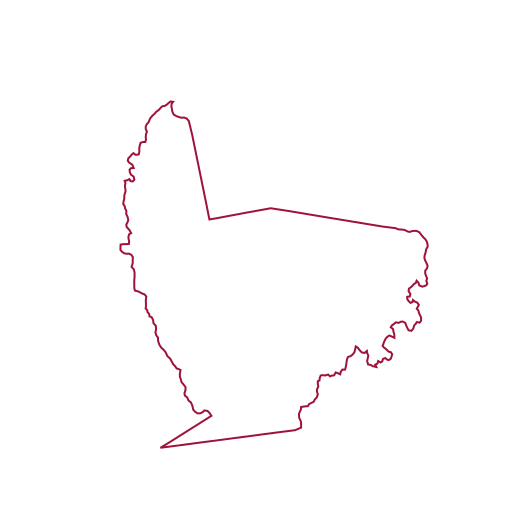 outline of Aracatu, Bahia, Brazil, rotated 337°
{"feature_id": "56859067B11961587384233", "entity_name": "Aracatu", "entity_type": "district", "adm_level": 2, "iso_a3": "BRA", "parent_name": "Brazil", "parent_adm1": "Bahia", "projection": "equal_earth", "projection_center": [-41.359, -14.328], "detail": "fine", "context": "isolated", "style": "outline", "palette": "rose", "viewbox_px": 512, "rotation_deg": 337, "n_neighbors": 0, "source": "geoboundaries", "source_scale": "gbopen_adm2", "svg_char_len": 4289}
<svg xmlns="http://www.w3.org/2000/svg" viewBox="0 0 512 512"><g transform="rotate(337 256 256)"><path d="M239.9,81.7L237.8,80.4L235.9,80.8L233.4,81.7L230.9,82.2L228.0,81.6L226.1,82.4L223.2,83.7L220.5,84.3L218.1,85.5L215.6,86.3L213.8,87.2L212.2,88.1L210.6,89.7L209.2,91.0L206.8,92.1L205.1,93.7L204.1,96.1L204.2,99.0L202.4,100.8L201.1,103.1L200.2,105.9L198.6,107.8L196.4,106.9L194.0,106.7L192.2,108.8L190.5,111.5L189.5,114.2L187.7,116.7L184.8,115.9L183.3,113.4L181.0,114.2L178.9,115.3L176.6,116.2L175.2,118.3L175.8,120.6L177.8,123.5L177.8,127.2L175.2,126.3L173.3,127.2L172.5,129.9L172.8,132.5L174.4,135.1L173.9,138.2L171.7,139.2L169.7,138.0L169.5,135.7L167.0,136.0L164.5,135.4L164.2,138.1L162.6,140.4L161.9,143.4L161.1,145.7L159.6,147.3L158.3,149.1L157.2,151.7L155.2,154.3L154.1,156.4L154.6,158.8L154.1,161.2L154.3,163.9L152.9,166.7L153.1,169.8L152.4,173.2L150.4,175.2L148.9,176.3L148.3,178.8L149.6,182.5L150.0,186.2L147.8,186.4L146.1,188.4L145.4,190.4L145.0,192.8L143.8,195.2L141.2,194.4L138.4,193.2L135.8,192.6L134.8,194.8L133.6,197.4L134.3,199.7L135.6,201.9L137.6,203.3L140.0,204.2L141.7,206.2L142.2,209.0L140.9,211.6L139.6,214.7L137.2,217.4L138.3,220.4L137.8,223.7L136.9,225.8L135.9,228.1L134.7,230.3L133.3,233.4L132.5,235.5L131.5,237.8L131.0,240.5L132.7,241.8L134.5,243.4L136.1,245.6L138.4,247.8L139.2,250.5L137.4,253.4L136.1,256.8L135.0,259.4L133.9,261.2L134.7,263.2L134.2,265.3L135.0,267.5L134.4,270.0L136.0,271.5L136.3,274.5L135.4,277.8L136.5,281.1L135.4,284.4L133.6,287.0L133.2,290.0L133.9,292.9L132.7,295.8L132.4,300.0L133.0,303.4L134.3,306.2L135.2,309.3L135.3,313.4L136.9,317.0L137.3,320.9L137.5,323.3L138.5,325.9L139.0,328.5L140.6,329.8L142.0,331.5L140.1,334.3L138.9,336.9L138.6,339.9L138.2,343.0L139.0,345.7L139.9,349.2L138.6,352.0L136.5,354.4L136.0,356.8L137.4,359.3L137.4,362.6L138.9,365.4L138.9,369.0L138.2,372.9L139.0,375.4L140.6,377.9L143.0,379.0L145.5,379.0L148.1,378.0L150.8,379.6L151.9,382.3L152.5,385.7L103.4,393.7L93.1,395.2L209.1,427.4L223.8,431.6L230.4,431.6L232.0,428.1L232.7,425.5L232.5,422.0L233.8,418.2L235.8,416.2L237.4,414.8L238.5,412.6L240.9,413.2L243.1,413.8L245.0,414.5L247.2,413.0L249.5,412.9L252.2,412.7L254.0,411.1L256.7,409.9L258.8,407.6L259.2,404.5L260.0,402.6L262.3,400.6L262.9,397.9L264.0,395.4L265.8,395.4L267.0,393.2L268.8,391.3L270.6,391.6L272.9,393.0L276.1,393.3L277.1,395.7L279.0,395.7L281.3,396.4L283.8,394.3L285.6,395.9L287.3,397.8L288.7,395.7L291.2,394.3L293.5,395.4L294.8,393.9L296.6,391.3L298.2,388.5L299.5,386.5L301.2,384.9L303.6,385.1L305.5,384.8L308.7,383.3L310.8,380.7L312.5,378.2L313.9,380.3L314.6,383.2L315.7,386.1L318.1,387.7L321.0,386.7L320.4,389.2L320.5,391.5L318.7,394.1L317.3,396.0L316.8,399.6L319.0,401.1L320.4,403.0L323.4,405.2L323.3,402.6L325.7,402.5L327.4,400.4L329.1,402.7L331.0,402.4L332.6,400.4L335.1,400.4L336.1,402.5L337.6,403.7L340.0,403.2L341.5,401.5L343.0,399.6L342.5,397.2L340.6,395.7L339.4,392.6L338.1,390.4L337.4,388.2L338.8,386.8L340.6,384.8L343.3,382.6L345.6,381.6L347.8,381.3L349.7,383.4L351.4,385.4L352.6,382.6L353.0,379.2L353.6,376.8L352.2,374.3L353.9,373.0L356.6,372.4L358.8,371.7L361.2,373.3L363.5,373.1L365.4,373.6L367.3,376.0L367.1,379.6L367.4,384.0L369.8,385.6L372.4,384.3L374.5,381.7L376.6,380.8L378.3,379.6L380.5,381.3L382.7,380.1L384.0,376.8L383.7,372.6L384.2,369.6L383.4,367.3L385.1,366.0L386.8,364.7L386.3,362.1L384.4,359.9L383.3,357.8L382.0,359.6L379.9,359.5L378.9,357.2L378.4,354.7L379.2,352.6L381.7,353.4L383.3,351.3L382.7,348.0L384.0,345.8L386.1,345.3L388.4,344.6L390.4,343.5L392.6,343.2L394.2,341.5L395.1,344.0L394.8,346.8L397.1,349.2L399.6,349.5L401.4,349.5L402.9,348.3L403.1,345.4L404.7,343.6L404.8,340.7L404.9,338.3L406.0,335.7L408.6,334.2L410.1,332.2L410.2,329.4L410.0,326.6L410.2,323.6L411.5,321.3L413.3,319.3L415.2,316.4L417.6,314.5L418.4,312.6L418.9,309.7L418.4,306.6L417.4,304.4L416.6,301.7L415.6,297.9L413.8,295.9L411.9,294.8L409.5,294.1L406.8,293.9L405.0,292.5L403.1,290.2L400.6,288.6L398.7,287.8L396.7,286.5L395.5,285.0L384.1,278.4L338.3,249.4L326.2,241.7L303.9,227.5L288.2,217.8L259.9,211.4L256.9,210.8L253.0,209.9L234.8,205.9L232.2,205.3L227.4,204.2L227.9,201.6L230.8,187.7L244.6,119.5L246.9,105.6L246.0,102.5L244.0,100.5L241.2,99.5L239.2,97.8L237.6,96.4L235.5,93.6L235.4,90.3L236.1,87.8L236.4,85.6L237.8,82.9L239.9,81.7Z" fill="none" stroke="#9f1239" stroke-width="2"/></g></svg>